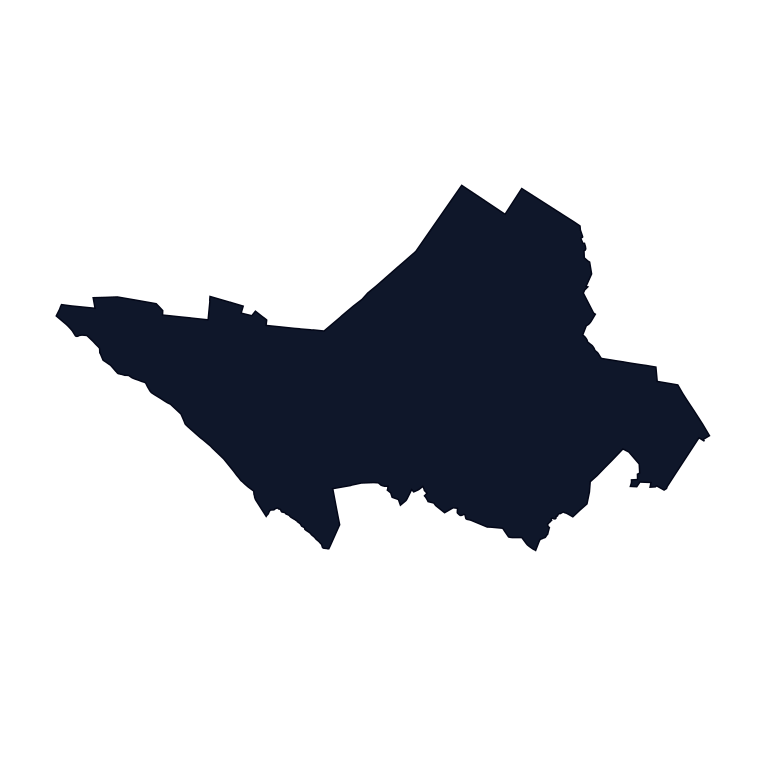 outline of Bērzkalnes pag., Balvu, Latvia, rotated 262°
{"feature_id": "27541924B58217597236828", "entity_name": "Bērzkalnes pag.", "entity_type": "district", "adm_level": 2, "iso_a3": "LVA", "parent_name": "Latvia", "parent_adm1": "Balvu", "projection": "mercator", "projection_center": [27.376, 57.121], "detail": "fine", "context": "isolated", "style": "filled", "palette": "ink", "viewbox_px": 768, "rotation_deg": 262, "n_neighbors": 0, "source": "geoboundaries", "source_scale": "gbopen_adm2", "svg_char_len": 6098}
<svg xmlns="http://www.w3.org/2000/svg" viewBox="0 0 768 768"><g transform="rotate(262 384 384)"><path d="M500.7,418.4L498.1,414.3L482.0,389.8L476.4,380.6L470.9,374.1L465.3,364.3L457.4,351.7L456.1,349.9L444.8,332.0L447.4,321.5L447.5,320.0L448.0,318.5L450.1,309.0L450.5,307.9L450.9,306.0L451.1,305.1L451.5,303.2L454.7,290.4L458.4,275.4L458.6,275.4L463.5,276.7L463.8,276.7L466.2,274.4L467.5,273.0L474.0,266.8L470.0,262.6L474.1,252.4L480.7,255.4L486.0,243.8L486.2,243.6L486.1,243.4L487.4,240.6L494.9,223.9L491.2,223.1L490.1,223.1L472.2,218.8L472.1,218.4L475.9,203.2L476.0,202.8L476.5,201.1L478.8,191.6L481.5,180.9L483.1,174.3L487.5,175.1L491.2,172.5L495.2,169.6L499.2,157.3L501.8,149.3L504.1,142.1L507.3,132.1L508.5,120.5L509.9,108.0L499.2,108.4L504.9,85.0L507.5,75.7L505.5,74.4L503.2,73.2L497.0,68.9L492.2,73.2L487.3,77.6L485.4,79.1L482.3,81.3L480.1,82.7L474.7,85.1L474.5,85.3L474.2,85.6L474.0,86.0L473.9,86.8L473.9,87.4L474.0,87.8L474.3,88.3L474.4,88.8L474.5,90.3L474.5,91.1L474.4,92.2L473.5,96.0L473.4,96.4L472.8,97.0L466.5,102.0L463.7,103.9L460.4,106.4L458.9,107.3L458.6,107.3L454.4,106.9L454.2,107.0L453.4,107.4L452.9,107.5L446.8,109.1L446.6,109.2L444.5,111.6L441.6,114.7L441.3,115.1L440.7,115.8L437.8,117.7L433.9,120.2L433.3,120.7L432.0,121.5L431.4,122.1L431.2,122.4L431.1,122.6L430.9,123.5L430.5,124.1L430.3,124.9L429.9,125.9L428.7,128.5L428.6,129.1L428.1,132.1L427.6,132.8L425.6,134.9L425.0,135.7L423.6,138.1L421.8,141.7L420.3,144.3L419.1,146.9L418.7,147.5L418.3,148.0L417.7,148.3L414.3,149.4L410.1,151.1L409.3,151.5L407.9,152.4L407.5,152.8L405.3,155.3L400.8,160.8L397.9,164.1L395.5,167.0L393.6,169.9L393.0,170.3L382.6,178.7L382.1,178.9L381.0,179.2L375.2,180.8L372.2,181.5L371.6,181.8L368.8,184.0L360.6,191.0L356.2,194.8L353.9,197.1L349.4,201.1L346.8,203.5L344.5,205.1L332.2,214.8L330.7,215.7L318.7,222.9L314.1,225.4L311.3,227.2L309.1,228.4L308.0,229.1L307.0,230.1L304.2,232.3L301.0,235.1L296.1,240.1L292.8,239.9L291.2,240.2L290.7,240.3L290.3,240.1L289.0,240.3L287.3,240.7L269.3,248.9L270.1,249.6L271.0,250.7L271.6,251.4L272.7,252.0L274.0,252.9L274.7,253.6L274.9,254.0L274.9,255.1L274.7,257.4L275.0,258.1L275.5,258.7L275.9,260.0L276.0,261.5L275.8,261.8L275.1,262.1L274.8,262.5L274.6,263.3L274.4,263.7L273.9,264.1L272.1,264.6L271.5,265.0L271.0,266.4L270.5,267.7L270.0,268.3L269.1,268.7L268.7,269.3L267.5,271.3L266.9,272.0L266.1,272.4L265.0,273.3L262.4,276.5L261.9,277.3L261.7,277.4L261.4,277.6L260.6,278.7L259.8,279.0L259.4,279.4L259.1,279.7L258.6,280.2L258.5,280.4L257.0,281.8L255.3,282.4L254.7,282.7L253.8,283.9L253.0,285.1L251.8,285.4L251.1,285.4L249.9,286.5L248.0,288.7L246.8,290.0L246.2,290.4L244.7,291.3L241.9,293.9L239.7,295.2L237.1,297.6L235.1,298.9L234.1,299.7L233.1,300.0L231.4,300.2L230.6,300.4L230.1,300.9L229.8,301.4L229.0,304.6L228.7,305.2L228.5,306.4L231.5,308.4L250.5,320.3L250.7,320.5L257.7,320.1L259.7,320.0L271.8,319.4L276.3,319.2L286.9,318.7L287.5,318.5L288.0,333.2L288.1,336.8L288.4,337.9L289.1,347.8L288.1,357.6L287.8,360.2L286.9,364.7L284.2,367.0L283.4,368.5L282.6,370.5L282.2,373.7L279.5,373.1L278.5,372.5L275.3,375.5L270.7,376.3L267.7,382.0L267.2,382.3L261.7,383.4L265.3,389.2L266.0,390.0L267.3,391.0L275.6,396.7L275.3,396.9L273.0,398.4L274.3,402.9L275.1,404.7L277.2,408.2L274.6,409.0L272.9,409.2L269.9,411.4L268.6,409.8L267.6,408.5L266.1,409.5L263.3,410.7L261.4,411.3L259.2,416.8L256.5,418.2L248.1,426.1L251.7,435.0L251.8,435.2L251.7,435.7L250.7,439.5L246.7,438.7L246.4,438.7L246.0,438.8L244.1,440.3L243.6,440.8L243.3,441.1L243.2,441.4L243.1,442.6L243.2,443.0L243.6,444.4L243.7,444.8L243.7,445.1L243.6,445.4L243.4,445.7L243.2,445.9L242.9,446.0L239.6,446.3L239.4,446.4L239.1,446.5L238.4,447.4L237.7,449.5L237.0,451.1L230.2,462.6L228.0,466.3L227.7,468.1L227.6,468.6L227.4,469.8L224.8,480.8L224.6,481.3L224.3,481.6L223.6,482.0L221.8,482.8L215.2,486.1L214.6,487.6L214.2,489.1L214.0,489.9L213.9,490.6L212.8,498.8L212.6,499.1L212.5,499.3L212.2,499.4L206.3,502.6L204.7,503.6L202.8,505.4L199.8,508.6L199.1,509.6L198.4,510.7L198.1,511.0L206.5,515.7L206.9,516.0L208.3,516.8L208.3,517.2L208.5,517.7L208.7,518.2L208.8,519.0L209.6,521.4L209.4,521.7L209.8,522.5L211.8,524.3L212.5,525.2L214.9,526.1L216.5,526.8L218.3,527.5L218.6,527.8L219.1,527.6L220.0,526.7L221.4,526.5L222.4,526.5L222.8,526.7L222.8,527.2L223.0,527.6L223.6,527.9L223.8,528.1L224.0,528.5L224.1,529.0L224.7,529.6L225.0,529.8L225.5,531.0L226.9,530.8L227.2,530.9L227.5,531.4L227.7,531.7L227.6,532.2L227.3,532.9L226.9,533.3L226.6,534.5L226.7,534.9L227.0,535.4L227.4,535.7L227.8,535.8L228.2,535.6L228.8,535.8L228.9,536.2L229.0,536.7L229.1,537.2L229.3,537.5L230.4,538.1L231.1,538.8L231.2,539.0L231.1,540.5L232.4,543.8L231.7,544.5L231.3,545.2L230.8,546.4L230.5,546.9L228.7,549.3L226.2,552.5L231.6,560.1L237.0,568.3L248.5,572.4L258.5,574.6L263.6,582.2L270.1,590.5L276.4,598.8L286.4,611.5L282.6,617.0L269.2,625.6L260.2,624.8L259.4,622.4L254.1,621.8L254.6,615.7L252.8,615.5L251.3,615.1L248.3,613.7L247.1,620.0L251.3,623.8L249.3,634.7L244.8,633.1L244.4,638.4L245.2,639.8L240.0,646.6L241.2,649.2L243.1,650.2L254.2,659.8L286.9,688.4L282.8,693.3L284.7,692.4L287.5,699.1L300.0,693.9L313.2,687.8L326.2,681.6L333.0,678.5L342.2,674.8L347.3,658.8L348.5,654.9L362.9,655.6L364.6,650.2L365.9,646.2L367.3,641.2L370.1,631.9L371.5,627.4L372.6,624.1L374.8,616.7L376.0,612.9L377.9,606.6L379.1,602.8L380.8,601.9L384.5,600.3L385.5,599.7L387.7,597.7L388.1,597.5L389.8,597.1L390.4,596.9L392.4,595.9L392.9,595.6L393.5,595.1L394.9,593.7L395.7,593.0L396.6,592.1L397.2,591.6L397.8,591.4L399.3,591.2L400.3,590.8L402.3,589.8L402.8,589.4L403.5,588.9L404.9,587.6L413.5,592.4L414.2,594.0L414.6,594.8L415.3,595.8L416.1,596.7L417.0,597.6L418.2,598.6L423.7,603.0L425.1,601.4L446.3,594.0L449.3,595.9L449.9,596.8L451.8,599.3L452.5,597.6L464.1,604.9L476.1,604.6L477.6,602.8L481.1,599.9L483.2,600.1L488.1,600.6L488.5,601.8L489.7,602.6L492.0,602.6L495.4,602.1L495.5,600.8L495.7,600.6L495.8,600.5L500.6,599.2L500.9,599.3L501.1,599.4L501.6,600.8L501.8,601.1L502.1,601.2L503.4,601.0L509.2,599.9L513.2,600.1L517.2,595.7L558.4,547.6L535.2,527.5L569.9,488.6L548.0,468.3L527.9,449.7L510.9,434.0L500.7,418.4Z" fill="#0f172a" stroke="#020617" stroke-width="1.5"/></g></svg>